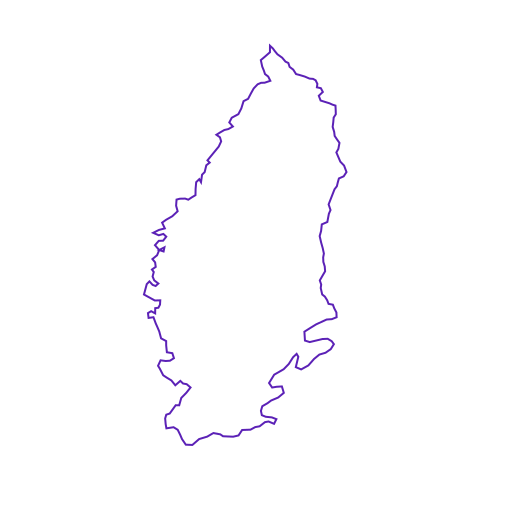 Água Limpa, Goiás, Brazil, rotated 21°
{"feature_id": "56859067B43995511544002", "entity_name": "Água Limpa", "entity_type": "district", "adm_level": 2, "iso_a3": "BRA", "parent_name": "Brazil", "parent_adm1": "Goiás", "projection": "natural_earth1", "projection_center": [-48.795, -18.074], "detail": "fine", "context": "isolated", "style": "outline", "palette": "violet", "viewbox_px": 512, "rotation_deg": 21, "n_neighbors": 0, "source": "geoboundaries", "source_scale": "gbopen_adm2", "svg_char_len": 3067}
<svg xmlns="http://www.w3.org/2000/svg" viewBox="0 0 512 512"><g transform="rotate(21 256 256)"><path d="M276.3,87.1L273.1,87.3L269.9,87.1L260.6,87.7L257.2,83.9L259.6,78.9L256.4,76.1L252.4,76.7L251.6,73.3L248.7,70.6L245.8,70.2L242.4,71.2L237.2,71.0L231.7,71.4L228.2,71.8L224.0,68.7L219.6,67.4L217.0,64.2L213.9,64.0L209.4,61.5L203.7,60.0L200.0,57.9L197.4,56.2L193.7,54.7L196.0,60.8L193.0,66.5L190.3,71.4L193.9,76.9L196.9,80.1L199.2,82.9L203.1,84.1L206.6,87.3L202.0,91.1L198.7,92.5L196.0,95.1L193.8,100.4L193.0,106.0L192.3,112.1L188.9,115.9L189.4,123.5L188.7,129.9L183.8,135.6L183.2,140.9L188.0,143.4L184.7,147.4L181.3,149.7L178.3,153.4L175.6,157.0L179.8,158.1L182.4,161.5L182.0,167.2L176.4,184.1L179.3,185.4L177.1,189.1L178.0,196.1L176.5,199.4L178.2,206.8L175.5,204.6L173.7,208.5L175.6,215.1L177.7,220.9L175.0,224.3L172.6,227.7L169.3,227.8L164.4,229.8L161.6,231.8L163.4,237.7L166.8,242.3L163.6,248.9L159.1,254.4L156.4,258.5L161.0,262.9L156.1,266.4L151.7,271.2L157.8,271.5L161.6,268.6L165.3,270.1L163.8,275.0L159.8,276.7L157.8,282.1L163.5,285.1L163.4,290.7L160.4,296.0L164.1,298.1L166.3,302.1L163.7,305.9L166.3,307.6L166.8,312.2L169.7,315.2L174.7,316.7L173.0,320.0L169.8,320.0L165.6,317.9L164.1,321.4L165.2,332.1L177.5,333.8L182.5,331.7L183.8,335.8L183.4,339.3L180.6,340.8L182.4,345.7L177.9,345.1L175.6,348.0L177.9,352.3L182.2,349.9L186.6,354.9L189.3,357.6L192.7,361.1L196.9,366.9L202.6,367.6L204.2,371.7L207.3,377.8L212.7,376.7L216.0,380.8L213.2,384.6L209.3,386.4L204.3,387.6L203.9,393.6L206.5,395.6L212.1,400.6L216.1,401.5L221.6,402.5L227.0,405.6L230.1,399.7L233.6,401.2L237.2,400.5L242.0,402.2L240.0,408.6L237.1,415.3L237.8,422.9L234.5,424.1L231.9,434.0L229.1,436.3L229.4,440.2L231.9,445.3L234.1,449.0L240.4,445.4L245.2,446.3L249.3,450.1L252.6,453.5L258.1,457.3L264.3,455.2L268.5,447.3L275.2,442.1L279.6,436.6L286.6,435.3L289.8,436.1L299.4,432.9L304.0,429.8L305.4,423.4L313.1,420.1L316.6,416.0L320.4,413.7L323.9,407.9L327.0,406.0L333.0,406.2L333.5,401.0L328.6,401.0L322.7,402.6L318.5,402.5L316.1,398.8L315.7,394.0L319.5,389.3L321.9,385.5L327.4,380.2L331.0,373.8L326.9,368.5L322.1,370.7L318.2,373.0L313.7,369.9L315.5,360.3L322.4,351.8L325.3,345.1L326.9,337.2L329.0,332.8L331.6,334.9L333.0,345.5L338.8,345.7L344.1,339.4L347.1,331.3L350.5,325.3L355.6,321.4L359.2,316.1L360.3,310.4L357.2,308.4L352.6,307.6L347.8,309.7L337.0,317.1L332.0,317.4L328.3,309.3L332.8,303.3L336.7,298.2L344.7,290.0L349.4,287.8L353.2,284.3L351.3,279.9L347.8,276.8L345.2,273.9L340.9,274.7L338.3,271.8L334.8,269.2L331.6,268.2L327.9,262.7L327.1,259.3L324.3,255.9L325.3,249.7L326.0,245.5L323.9,241.1L321.0,237.4L319.2,233.2L318.5,229.4L315.5,224.8L312.0,220.1L308.3,214.6L307.8,209.3L306.1,202.9L310.4,198.7L308.9,190.4L309.1,186.4L305.3,181.8L305.4,165.5L306.5,161.9L306.0,158.1L305.6,153.9L309.3,150.2L310.4,145.2L305.8,140.0L300.9,137.7L297.4,134.1L293.9,130.5L294.5,126.5L293.4,120.5L289.8,118.1L286.4,115.7L284.5,112.1L281.3,108.0L280.2,103.5L278.9,98.9L279.7,95.1L278.4,91.9L276.3,87.1ZM163.5,285.1L167.4,280.7L168.1,284.9L163.5,285.1Z" fill="none" stroke="#5b21b6" stroke-width="2"/></g></svg>